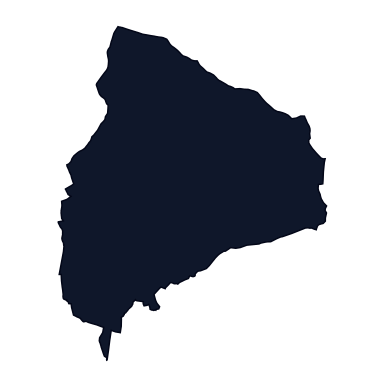 Diosig, Bihor, Romania (Equal Earth projection), rotated 89°
{"feature_id": "2599482B5279611201513", "entity_name": "Diosig", "entity_type": "district", "adm_level": 2, "iso_a3": "ROU", "parent_name": "Romania", "parent_adm1": "Bihor", "projection": "equal_earth", "projection_center": [21.983, 47.326], "detail": "fine", "context": "isolated", "style": "filled", "palette": "ink", "viewbox_px": 384, "rotation_deg": 89, "n_neighbors": 0, "source": "geoboundaries", "source_scale": "gbopen_adm2", "svg_char_len": 5932}
<svg xmlns="http://www.w3.org/2000/svg" viewBox="0 0 384 384"><g transform="rotate(89 192 192)"><path d="M340.6,286.9L341.4,286.5L342.1,286.3L344.2,285.7L345.3,285.5L352.0,283.4L353.7,282.8L354.7,282.4L355.5,281.1L356.0,280.4L356.3,280.1L356.7,280.1L357.8,280.3L358.6,280.2L358.4,279.8L348.9,278.3L339.1,276.9L328.9,275.2L330.5,270.8L331.1,267.5L331.4,266.2L325.0,265.1L317.5,264.8L316.2,265.0L314.8,262.8L314.1,262.6L313.4,261.9L313.2,261.9L312.3,261.8L312.1,261.8L312.0,261.6L311.9,261.5L311.9,261.3L311.9,260.8L311.7,260.5L310.8,259.8L309.9,259.1L309.7,258.7L308.2,257.7L307.5,257.0L306.1,255.3L305.2,254.4L304.8,254.1L303.8,253.7L303.4,253.5L302.9,253.1L302.6,253.3L302.0,253.1L301.1,252.9L300.6,252.4L298.7,250.4L299.2,250.2L299.5,249.8L299.8,248.8L300.2,246.0L300.8,242.6L302.1,242.8L303.3,242.6L305.0,241.9L304.9,241.3L304.5,238.9L303.9,237.8L303.6,237.3L305.8,236.4L306.5,236.2L307.8,236.0L308.6,235.9L308.8,235.4L309.1,234.8L309.3,234.4L309.3,234.1L309.4,233.3L309.7,232.7L309.7,232.2L309.3,230.9L309.4,230.5L309.6,230.2L308.7,229.7L308.3,227.3L306.1,226.4L302.7,229.0L300.5,230.0L298.6,230.6L293.7,231.8L287.6,226.0L286.5,224.6L288.2,220.5L287.2,220.1L284.4,217.2L282.2,215.2L282.3,213.9L282.9,212.3L283.4,211.5L283.4,209.8L283.3,208.7L283.8,208.1L283.7,207.6L282.5,206.4L282.1,205.8L281.1,203.6L279.7,200.7L278.4,197.1L276.2,196.0L275.9,195.6L275.9,195.1L276.6,192.9L276.6,192.0L276.3,191.1L275.8,190.4L274.3,190.3L273.8,190.1L271.5,187.9L271.2,187.2L270.9,184.8L268.9,179.3L268.7,178.9L265.7,175.9L258.3,169.8L255.8,167.3L254.3,165.5L251.7,161.2L251.8,160.1L251.6,159.4L248.3,154.3L249.0,149.3L248.4,144.8L246.1,138.1L245.1,125.8L244.3,124.2L243.7,121.2L243.3,119.2L243.1,117.1L243.1,114.2L240.1,108.1L238.5,104.2L238.2,102.3L235.2,93.1L232.3,85.4L230.0,79.3L229.8,76.8L230.2,74.9L230.1,73.3L230.1,73.0L231.3,70.4L231.9,68.4L230.9,68.2L229.5,67.6L228.7,67.4L227.7,66.7L226.9,65.9L226.2,63.7L225.7,61.4L223.5,59.2L220.2,59.1L215.3,57.9L212.7,59.3L210.6,58.9L208.3,57.7L205.0,60.8L202.5,62.1L201.7,62.6L201.1,62.9L199.0,63.5L196.5,64.0L192.9,65.5L190.4,65.9L189.0,65.7L186.6,65.5L186.5,63.1L186.1,61.1L182.8,60.8L179.1,60.6L174.2,60.3L169.0,59.7L164.8,59.2L161.1,58.3L161.2,60.4L160.3,62.4L158.6,64.0L157.1,65.4L155.1,67.2L151.6,70.1L150.8,70.8L146.8,73.4L145.1,74.3L144.4,74.4L142.0,74.4L141.3,73.8L140.3,72.9L135.7,73.4L133.0,72.9L130.8,73.0L129.0,73.5L127.9,73.9L127.0,74.4L124.8,75.6L121.7,76.8L119.8,77.7L118.8,78.0L118.1,78.3L118.0,82.1L119.9,86.3L120.5,91.0L118.3,93.1L116.9,94.6L115.4,97.4L114.4,99.9L113.5,102.8L113.4,103.5L113.0,105.4L111.2,108.7L108.4,111.6L106.5,113.7L104.6,115.9L102.7,117.7L99.8,120.2L96.6,122.6L93.7,125.0L92.0,128.6L92.0,129.2L90.4,133.9L90.2,137.8L89.5,142.3L89.6,144.6L89.7,147.4L88.3,149.2L87.1,151.8L86.5,153.9L85.0,156.0L83.0,159.3L81.4,162.0L80.9,163.1L79.5,164.7L78.2,165.7L75.4,168.4L73.5,171.7L72.6,174.1L72.3,175.0L71.1,176.3L68.8,178.5L67.0,180.5L66.1,181.5L64.7,182.6L61.0,184.5L60.9,187.3L60.4,189.3L59.9,190.6L58.6,192.2L57.1,194.8L56.5,196.5L55.8,198.6L54.3,200.3L52.3,202.0L50.2,204.0L48.5,206.0L47.3,207.5L45.6,209.9L43.8,211.5L40.7,213.3L38.8,214.6L37.2,218.2L36.8,220.1L36.5,222.5L35.9,225.6L35.5,227.3L35.1,229.8L34.1,234.8L33.4,238.6L32.8,240.2L31.7,243.2L31.1,245.1L29.5,250.0L27.8,255.0L26.4,258.8L26.3,259.5L25.8,261.4L25.9,261.9L25.4,263.1L26.3,263.7L30.7,266.6L32.0,267.3L34.8,268.2L38.6,269.4L40.4,270.1L43.5,270.9L45.2,271.4L45.6,271.5L45.9,271.6L46.4,272.1L48.0,273.3L48.4,273.4L49.7,274.0L50.7,274.2L51.7,274.2L53.2,274.0L55.4,273.7L57.8,273.2L58.2,273.2L59.7,273.1L63.1,273.4L65.7,273.8L66.9,274.3L67.8,274.7L68.9,275.4L70.0,276.3L71.2,277.3L73.0,278.7L75.3,280.5L78.0,282.5L80.6,284.4L81.8,285.3L82.3,285.5L82.8,285.7L83.6,285.7L85.0,285.2L89.2,283.9L92.2,282.9L93.2,282.3L94.9,280.9L96.7,278.5L97.5,277.7L98.1,277.2L100.0,276.6L101.7,276.0L102.2,275.8L102.8,275.3L103.4,274.7L103.7,274.3L107.8,274.6L111.9,275.0L115.1,277.2L118.1,277.8L120.0,279.4L122.2,281.7L125.2,283.4L128.6,285.3L130.9,287.2L133.5,289.3L135.0,291.1L137.3,291.8L138.8,292.4L139.8,293.1L140.8,294.1L142.0,294.9L142.6,295.3L143.5,296.0L144.5,296.9L146.1,298.1L146.9,299.1L147.4,299.8L148.1,300.8L149.5,303.9L150.7,305.6L152.7,308.1L153.9,309.5L156.6,311.4L159.4,312.4L161.6,314.5L161.8,314.8L162.7,316.7L163.4,316.5L164.0,316.5L164.6,316.2L167.8,314.8L170.2,314.0L172.8,312.7L173.3,312.6L175.6,312.1L176.6,311.8L178.5,311.2L178.9,311.1L181.8,310.1L182.7,311.2L184.1,313.5L184.5,314.4L185.4,315.9L186.8,318.5L187.0,318.5L187.6,318.1L188.0,317.9L188.8,317.6L190.5,316.7L192.4,315.9L194.2,313.0L194.3,313.1L194.8,313.9L195.2,314.5L195.5,314.8L196.3,315.8L196.9,316.7L197.4,317.7L198.9,322.2L199.0,322.5L201.1,322.4L201.8,322.3L202.5,322.3L203.7,322.3L204.3,322.4L204.6,322.4L204.9,322.5L205.3,322.5L206.0,322.7L206.9,322.8L208.2,323.1L208.5,323.1L209.2,323.1L210.2,323.2L211.2,323.2L211.3,323.2L211.6,323.1L212.0,323.1L213.4,323.0L215.0,322.8L215.8,322.8L216.2,322.7L216.9,322.3L217.6,321.8L218.6,321.1L218.8,321.9L219.5,326.2L219.8,326.3L220.9,326.0L222.5,325.2L223.1,324.9L223.9,324.6L224.4,324.4L226.1,323.2L226.4,322.9L226.7,322.7L227.1,322.5L227.9,322.2L228.7,322.1L229.1,322.0L230.9,322.1L231.7,322.1L232.7,322.1L233.6,322.4L234.6,322.6L235.9,322.9L237.5,322.7L238.1,322.5L239.3,322.1L240.5,321.4L242.9,321.2L242.9,320.8L249.6,321.6L272.1,326.2L272.2,324.2L275.8,324.1L278.6,324.0L281.6,323.7L284.7,323.4L287.7,323.0L292.2,322.6L294.1,322.8L295.0,322.7L295.9,322.6L296.6,322.2L297.0,321.7L297.7,319.9L297.8,319.4L298.1,319.6L298.4,319.3L298.6,319.2L298.9,318.4L299.3,318.2L300.1,317.4L301.0,317.3L301.5,317.1L301.6,314.8L305.3,314.4L313.0,312.6L314.2,310.2L315.0,308.9L315.3,307.8L315.7,307.2L316.4,305.8L317.7,304.9L319.5,303.3L319.9,302.5L319.5,300.7L319.6,299.7L320.5,298.0L321.5,295.0L321.9,293.7L322.5,291.7L323.2,289.4L324.8,285.5L325.8,282.7L331.0,283.7L336.1,286.9L338.5,287.2L339.1,287.3L339.5,287.2L340.6,286.9Z" fill="#0f172a" stroke="#020617" stroke-width="1.5"/></g></svg>